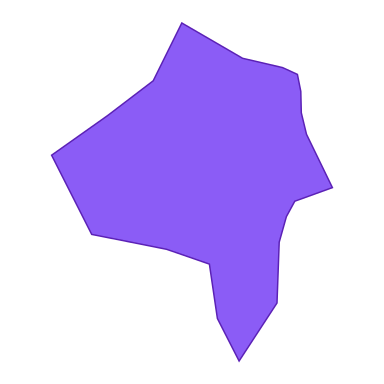 the border of Mersraga
{"feature_id": "LVA-5723", "entity_name": "Mersraga", "entity_type": "Municipality", "adm_level": 1, "iso_a3": "LVA", "parent_name": "Latvia", "parent_adm1": "", "projection": "mercator", "projection_center": [23.071, 57.316], "detail": "fine", "context": "isolated", "style": "filled", "palette": "violet", "viewbox_px": 384, "rotation_deg": 0, "n_neighbors": 0, "source": "natural_earth", "source_scale": "10m", "svg_char_len": 375}
<svg xmlns="http://www.w3.org/2000/svg" viewBox="0 0 384 384"><path d="M181.8,23.0L242.6,58.3L282.6,67.6L297.4,74.4L300.8,91.4L301.3,112.8L306.5,134.3L332.4,187.6L294.8,201.2L286.4,216.6L279.2,242.2L277.0,303.0L239.1,361.0L217.4,318.5L209.4,264.1L166.6,249.3L91.7,234.4L51.6,155.2L107.7,115.5L153.2,80.8L181.8,23.0Z" fill="#8b5cf6" stroke="#5b21b6" stroke-width="1.5"/></svg>